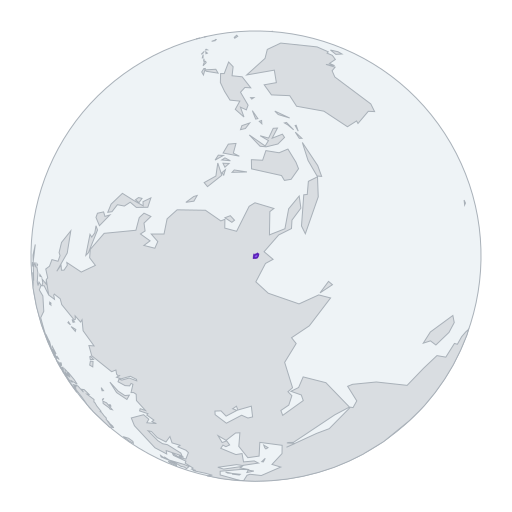 Kayah highlighted on a globe, orthographic projection, rotated 237°
{"feature_id": "MMR-2473", "entity_name": "Kayah", "entity_type": "State", "adm_level": 1, "iso_a3": "MMR", "parent_name": "Myanmar", "parent_adm1": "", "projection": "orthographic", "projection_center": [97.388, 19.239], "detail": "medium", "context": "on_globe", "style": "filled", "palette": "violet", "viewbox_px": 512, "rotation_deg": 237, "n_neighbors": 0, "source": "natural_earth", "source_scale": "10m", "svg_char_len": 11082}
<svg xmlns="http://www.w3.org/2000/svg" viewBox="0 0 512 512"><g transform="rotate(237 256 256)"><circle cx="256" cy="256" r="225" fill="#eef3f6" stroke="#a8b0b8"/><path d="M470.7,324.0L470.2,325.5L470.1,325.8L470.7,324.0ZM350.7,51.6L354.9,54.6L363.9,59.8L356.4,56.1L378.2,69.5L385.9,77.2L372.8,66.2L368.0,63.6L371.1,67.2L366.9,65.3L366.0,66.2L360.7,63.9L353.5,58.5L349.9,57.1L352.3,59.8L348.5,59.8L345.6,55.8L338.6,55.5L325.2,47.9L321.5,41.8L309.7,38.1L297.4,34.6L315.6,38.7L333.4,44.4L350.7,51.6ZM274.2,31.5L273.3,31.4L269.8,31.2L268.2,31.1L274.2,31.5ZM371.3,64.4L369.1,62.5L372.7,65.1L371.3,64.4ZM366.8,66.8L368.8,68.1L367.5,68.1L366.8,66.8ZM358.2,64.7L355.5,64.7L357.0,63.7L358.2,64.7ZM353.1,64.1L346.7,64.7L350.5,67.3L336.2,60.9L346.4,62.1L347.6,60.3L349.6,62.5L353.1,64.1ZM276.9,31.7L276.6,31.7L276.9,31.7ZM280.3,32.0L298.1,34.7L300.0,35.3L293.6,34.0L298.7,35.4L290.8,34.3L286.3,33.3L286.6,33.0L283.4,32.9L280.3,32.0ZM329.3,57.6L326.7,57.2L328.1,56.6L329.3,57.6ZM273.3,31.5L276.7,31.7L278.6,32.2L272.1,31.7L273.5,31.7L273.3,31.5ZM303.9,36.5L304.1,37.1L297.8,36.2L297.1,36.4L290.8,34.4L303.9,36.5ZM271.3,31.5L268.7,31.5L264.6,31.2L270.0,31.2L271.3,31.5ZM281.8,32.6L282.4,32.8L280.0,32.5L281.8,32.6ZM248.6,31.0L252.7,30.9L254.0,31.0L248.6,31.0ZM268.0,31.6L269.4,31.7L270.4,31.9L267.8,32.0L268.0,31.6ZM286.8,34.1L284.1,33.8L289.0,34.8L284.5,34.6L281.2,33.4L280.7,33.8L279.3,33.8L278.2,33.0L286.8,34.1ZM268.2,32.6L262.4,31.6L254.6,31.6L253.2,31.3L266.0,31.6L268.2,32.6ZM274.2,32.8L270.2,32.6L270.4,32.2L273.4,32.2L274.2,32.8ZM282.7,35.0L290.5,35.6L290.9,35.9L282.7,35.0ZM265.9,32.6L267.3,32.9L265.3,32.6L265.9,32.6ZM277.4,34.2L280.1,34.3L280.6,34.6L277.4,34.2ZM268.0,33.5L266.1,33.1L268.0,33.0L268.0,33.5ZM272.3,33.9L272.3,34.3L269.8,33.2L273.4,33.9L272.3,33.9ZM277.4,34.5L278.6,34.7L276.2,34.4L277.4,34.5ZM261.8,34.7L258.3,33.3L262.6,32.8L265.4,34.1L261.8,34.7ZM76.9,119.4L78.1,117.8L74.4,123.4L77.0,129.1L76.2,132.1L69.0,140.9L65.5,161.8L72.5,155.9L76.1,170.2L83.0,174.8L97.6,157.7L86.5,149.6L91.3,139.3L105.7,137.9L116.5,146.2L118.7,142.5L117.7,130.5L126.0,126.3L118.0,126.0L116.9,130.7L111.9,131.0L112.5,126.9L115.4,125.3L113.9,121.7L100.4,131.0L97.9,136.7L90.1,133.4L85.1,142.9L81.0,145.3L87.8,130.4L91.6,126.1L99.6,108.9L94.9,112.8L87.1,129.7L86.9,127.3L80.5,134.0L85.2,127.1L95.0,108.7L91.9,106.7L77.8,119.1L78.1,117.9L81.2,113.9L88.2,105.6L98.3,95.2L95.9,100.0L101.3,95.3L110.5,86.1L109.0,88.7L112.4,85.8L112.4,87.7L120.9,83.8L122.1,85.5L133.7,78.2L135.9,78.4L128.4,82.4L123.9,86.6L127.9,92.2L131.2,91.5L138.4,86.6L138.6,89.2L145.0,83.8L151.5,85.5L149.1,79.2L157.5,74.3L165.8,72.7L168.2,70.3L154.6,73.1L149.5,75.4L145.9,79.0L131.7,85.6L128.6,85.1L141.7,74.7L138.6,73.3L150.2,66.8L179.9,61.6L188.1,63.2L184.1,75.3L177.5,77.2L175.6,73.6L169.7,81.2L173.8,78.5L174.0,81.0L182.1,77.8L182.6,79.5L189.5,74.0L191.0,75.7L186.6,79.2L199.9,77.0L205.3,80.2L208.1,79.0L209.5,76.8L215.4,82.9L217.2,81.8L215.9,79.3L218.6,75.6L225.7,71.8L227.4,74.1L225.0,75.8L222.7,83.2L216.2,88.0L217.6,88.6L223.6,85.1L226.5,75.9L230.3,73.0L229.9,77.1L230.3,75.3L232.7,74.7L236.7,76.4L237.6,71.9L261.8,63.9L271.9,67.1L268.8,71.2L287.5,70.3L297.3,75.4L296.1,72.9L304.3,71.7L301.3,70.0L301.4,68.7L321.0,66.6L326.8,68.5L333.9,66.1L333.3,65.0L329.4,63.4L336.2,60.9L350.5,67.3L351.1,69.4L359.6,72.6L359.9,77.2L364.1,82.9L359.4,87.1L363.1,91.9L366.1,92.7L373.3,100.3L378.0,114.4L361.3,99.3L351.7,80.6L354.5,87.5L350.0,85.1L348.7,87.3L351.0,92.7L353.6,93.8L337.7,100.7L335.6,116.2L345.1,115.5L351.8,120.6L357.7,141.0L343.0,169.3L351.8,179.0L352.9,185.4L346.4,189.4L344.6,180.0L337.4,176.6L337.4,171.1L326.4,175.4L325.9,167.7L317.6,175.4L321.6,181.5L331.5,180.1L324.5,190.8L335.6,201.7L337.7,215.0L321.9,238.5L304.6,245.6L303.7,249.9L296.4,245.0L287.3,253.2L301.4,277.3L301.2,284.1L286.1,296.9L285.7,291.8L266.4,278.8L263.1,295.1L277.8,309.1L282.8,324.9L271.7,319.7L266.5,305.7L259.7,300.7L261.3,286.5L255.2,265.1L243.9,268.5L244.6,259.9L234.4,241.8L218.1,246.0L192.4,266.0L189.2,287.4L180.2,295.7L168.4,262.7L168.1,241.3L160.7,242.0L151.2,222.1L125.6,214.9L124.8,208.9L119.3,210.0L113.1,202.3L112.9,192.7L107.8,191.6L109.0,216.9L114.8,218.3L123.5,211.6L122.5,220.1L128.9,229.7L111.7,245.6L78.4,252.1L79.9,235.6L79.3,185.9L81.9,181.7L82.1,181.1L82.4,180.1L77.5,186.7L79.0,177.4L74.2,210.2L71.3,223.4L77.8,252.9L76.0,254.8L79.6,261.6L96.8,261.9L95.8,267.1L84.8,288.3L65.2,312.3L70.6,335.5L73.9,353.5L67.8,360.1L74.6,374.8L72.3,376.8L76.3,384.5L78.1,390.5L78.7,394.2L74.8,389.8L65.5,376.2L57.1,361.9L49.9,347.0L43.8,331.6L38.8,315.8L37.0,308.3L34.4,295.1L30.8,262.0L31.2,247.7L31.5,239.7L31.4,238.3L33.3,222.2L36.2,206.4L40.4,190.8L45.6,175.6L51.9,160.7L59.2,146.4L67.5,132.6L76.9,119.4ZM122.9,165.5L132.6,170.3L136.7,156.9L140.7,157.8L140.6,153.2L136.9,155.9L138.0,143.7L145.2,142.3L148.3,137.1L145.2,135.3L131.9,140.1L130.3,157.2L124.5,161.0L122.9,165.5ZM131.6,70.5L128.7,73.0L124.6,75.5L123.1,75.1L129.1,71.3L131.6,70.5ZM125.7,76.1L139.2,67.0L140.7,67.4L137.5,68.6L137.2,69.8L132.1,72.1L120.3,82.2L115.9,85.2L115.5,81.9L118.0,81.0L120.6,78.4L125.7,76.1ZM171.0,48.5L176.9,46.2L172.5,49.9L167.5,51.8L165.7,51.1L170.5,48.5L171.0,48.5ZM264.1,30.9L265.1,31.0L262.4,31.1L259.5,31.1L259.7,30.9L255.7,31.0L253.7,30.8L250.4,30.9L239.2,31.4L264.1,30.9ZM214.5,34.6L215.3,34.6L219.2,33.8L221.0,33.6L217.2,34.3L224.1,33.3L224.5,33.4L233.1,33.1L242.8,32.2L246.2,32.4L242.6,32.8L248.4,32.7L243.9,33.9L246.3,34.1L244.1,35.8L235.8,37.1L239.1,37.3L237.6,39.1L230.9,40.6L232.3,38.9L223.9,42.0L221.9,40.6L221.0,41.0L216.9,40.8L210.3,41.5L210.5,40.7L207.9,41.4L205.1,41.5L201.6,42.2L200.5,41.3L196.1,42.3L198.1,41.3L190.8,43.3L195.8,41.5L192.6,41.9L189.5,43.4L192.4,39.9L191.8,40.1L214.5,34.6ZM261.0,35.1L251.5,36.2L245.8,36.2L251.9,33.3L250.4,32.9L254.1,31.7L262.3,32.0L260.5,32.2L260.6,32.5L258.0,32.3L260.2,32.8L257.8,33.3L258.9,33.8L255.5,33.9L261.0,35.1ZM79.5,130.0L79.7,131.4L80.8,132.6L76.8,137.1L79.5,130.0ZM85.9,117.4L86.6,117.6L81.5,123.9L81.4,122.7L85.9,117.4ZM91.4,112.8L87.1,117.2L89.3,114.1L91.4,112.8ZM129.5,82.7L130.9,83.0L129.3,84.4L126.6,85.7L129.5,82.7ZM205.3,51.8L207.1,50.2L208.5,50.2L215.6,47.5L217.6,48.6L214.2,50.7L205.3,51.8ZM93.2,159.5L88.7,161.7L88.8,159.2L90.3,158.9L93.2,159.5ZM80.4,148.8L81.3,153.6L79.3,150.0L80.4,148.8ZM208.7,52.6L211.4,51.3L210.8,52.7L208.7,52.6ZM219.5,49.4L219.4,50.9L218.7,48.5L219.5,49.4ZM185.1,458.7L189.6,461.0L186.3,460.5L185.1,458.7ZM97.3,360.8L98.9,388.7L92.2,386.0L86.8,376.2L83.4,358.4L89.8,356.1L91.8,348.8L97.3,360.8ZM337.7,359.4L344.1,359.9L343.8,360.9L337.7,359.4ZM331.1,356.4L338.5,356.4L329.7,358.6L331.1,356.4ZM341.3,356.3L348.8,354.0L352.1,352.3L351.4,354.3L341.3,356.3ZM326.0,356.7L298.2,357.0L287.0,354.4L289.8,350.8L307.8,351.7L326.0,356.7ZM288.9,350.7L271.7,340.4L247.8,309.5L256.4,310.5L281.3,329.4L279.7,332.5L290.1,340.6L288.9,350.7ZM330.0,331.6L328.3,341.0L313.0,340.6L306.0,339.2L301.2,327.2L303.9,321.0L309.6,321.2L331.5,299.7L339.3,304.6L332.7,313.7L339.0,321.7L330.0,331.6ZM190.2,289.6L195.2,303.0L190.3,304.5L190.2,289.6ZM340.0,284.6L331.4,294.2L339.2,281.5L340.0,284.6ZM344.4,272.7L345.1,277.4L341.4,273.0L344.4,272.7ZM303.8,256.4L297.7,257.5L297.4,254.1L305.0,250.8L303.8,256.4ZM339.2,226.4L339.8,236.2L338.8,239.6L335.8,233.8L339.2,226.4ZM229.8,64.8L217.7,66.8L210.4,70.0L208.3,74.0L206.0,69.6L217.4,64.7L229.8,64.8ZM257.7,63.5L259.4,60.6L262.1,61.8L262.1,62.6L257.7,63.5ZM256.3,61.9L251.9,58.7L255.1,57.1L258.0,59.8L256.3,61.9ZM229.9,54.5L226.1,54.8L226.8,53.5L229.9,54.5ZM378.6,438.1L381.6,432.8L388.2,430.6L382.7,436.0L378.6,438.1ZM435.1,392.6L435.9,391.5L435.4,392.3L435.1,392.6ZM363.2,419.6L321.0,435.1L312.5,434.1L316.2,429.0L311.6,413.7L314.5,413.9L314.6,403.1L340.5,391.8L359.5,371.6L372.1,371.6L382.7,356.7L395.1,356.1L390.3,367.5L401.9,372.6L412.9,346.8L416.8,371.2L423.1,378.0L421.1,392.7L398.1,421.1L387.9,427.8L387.4,426.1L382.7,429.3L377.6,429.6L377.5,422.5L372.9,425.6L378.6,419.0L371.3,425.2L369.9,420.7L363.2,419.6ZM450.2,356.8L451.2,356.8L451.7,360.0L450.2,360.3L450.2,356.8ZM467.9,331.5L467.5,333.1L466.8,334.6L467.9,331.5ZM470.1,325.8L469.3,327.8L470.7,324.0L470.1,325.8ZM459.4,338.9L459.6,340.1L459.0,340.9L459.4,338.9ZM459.0,338.6L460.2,335.7L459.6,338.3L459.0,338.6ZM455.4,327.5L456.3,325.9L456.6,326.8L455.4,327.5ZM353.4,359.4L362.5,351.7L367.3,350.7L353.4,359.4ZM454.6,325.1L452.6,325.7L452.9,324.2L454.6,325.1ZM455.0,321.8L455.0,319.9L455.8,324.1L455.0,321.8ZM451.4,318.8L453.7,321.4L451.0,319.4L451.4,318.8ZM449.8,319.8L448.0,318.9L448.1,318.3L449.8,319.8ZM426.3,328.7L433.6,338.7L427.2,339.9L420.2,334.1L413.8,342.0L399.9,343.2L403.4,338.4L401.8,332.2L386.8,331.5L383.8,327.5L389.3,324.0L379.1,321.6L390.3,318.5L394.7,326.8L400.9,319.1L411.2,319.3L420.9,320.6L428.3,325.7L426.3,328.7ZM389.9,337.9L391.8,337.7L390.0,340.5L389.9,337.9ZM444.4,315.2L447.1,318.6L446.7,319.8L445.3,319.5L444.4,315.2ZM430.0,323.8L438.1,314.8L439.9,314.5L434.5,324.0L430.0,323.8ZM436.4,310.5L439.9,310.7L441.6,314.3L440.9,315.6L436.4,310.5ZM367.2,332.1L366.6,334.5L363.7,332.9L367.2,332.1ZM371.0,330.3L379.9,332.1L370.2,332.4L371.0,330.3ZM343.3,323.6L346.0,329.3L354.6,325.0L348.0,330.8L353.7,340.0L351.6,343.7L346.0,333.7L343.8,344.5L339.9,344.5L338.0,335.4L342.0,324.0L345.8,319.2L361.2,316.3L343.3,323.6ZM371.0,323.2L368.7,316.5L370.4,311.8L373.0,315.2L371.0,323.2ZM361.3,300.5L354.6,293.0L348.8,296.4L360.3,284.5L364.9,293.7L361.3,300.5ZM355.2,283.4L349.8,286.4L355.2,279.6L355.2,283.4ZM348.3,283.8L347.4,278.3L351.8,278.8L348.3,283.8ZM358.1,283.4L358.7,273.9L361.1,279.3L358.1,283.4ZM344.9,265.9L354.8,274.6L342.3,271.3L340.6,253.1L345.8,252.5L344.9,265.9ZM366.4,191.8L364.5,186.9L368.8,185.5L369.0,189.3L366.4,191.8ZM381.3,178.1L369.4,183.6L359.5,188.7L363.1,190.8L362.0,199.5L355.8,191.8L361.9,182.1L369.6,179.8L369.6,172.8L374.5,167.7L371.6,159.3L373.4,155.5L378.4,162.7L381.3,178.1ZM370.0,155.8L366.7,141.2L375.5,142.8L378.2,146.3L376.0,152.2L371.5,150.9L370.0,155.8ZM368.5,138.3L364.1,137.2L350.0,117.2L349.2,113.6L364.6,128.6L361.3,128.5L363.2,133.4L368.5,138.3ZM328.1,58.4L326.8,57.3L329.4,58.2L328.1,58.4ZM299.5,67.9L300.0,66.4L303.0,67.2L299.5,67.9ZM303.0,62.9L299.3,62.9L302.5,61.9L303.0,62.9ZM291.2,63.4L297.5,62.5L292.5,64.9L291.2,63.4Z" fill="#d9dde1" stroke="#a8b0b8" stroke-width="1"/><path d="M257.8,254.7L257.7,254.7L257.7,254.8L257.7,255.0L257.4,255.4L257.5,255.6L257.6,255.8L257.4,255.8L257.5,256.0L257.6,256.5L257.3,256.8L257.2,256.9L257.2,257.0L257.0,257.3L257.2,257.5L257.3,257.8L257.3,258.1L257.4,258.3L257.4,258.6L257.1,258.7L256.9,258.7L256.6,258.9L256.3,258.9L256.2,259.0L256.1,258.9L256.0,258.7L255.9,258.7L255.9,258.4L255.7,258.2L255.3,258.2L255.2,258.2L254.8,257.7L254.7,257.5L254.6,257.4L254.5,257.2L254.4,257.0L254.4,256.9L254.4,256.7L254.2,256.4L254.0,256.2L254.0,255.9L254.1,255.7L254.3,255.3L254.3,255.2L254.2,255.1L254.2,254.9L254.3,254.6L254.5,254.5L254.7,254.3L255.1,254.1L255.1,253.5L255.2,253.3L255.2,253.1L255.3,253.0L255.4,253.3L255.5,253.4L255.8,253.4L255.9,253.2L256.0,253.2L256.2,253.5L256.3,253.5L256.4,253.4L256.5,253.4L256.6,253.6L256.7,253.9L256.6,254.0L256.8,254.2L256.9,254.3L257.0,254.3L257.3,254.4L257.5,254.4L257.8,254.7Z" fill="#8b5cf6" stroke="#5b21b6" stroke-width="1.5"/></g></svg>